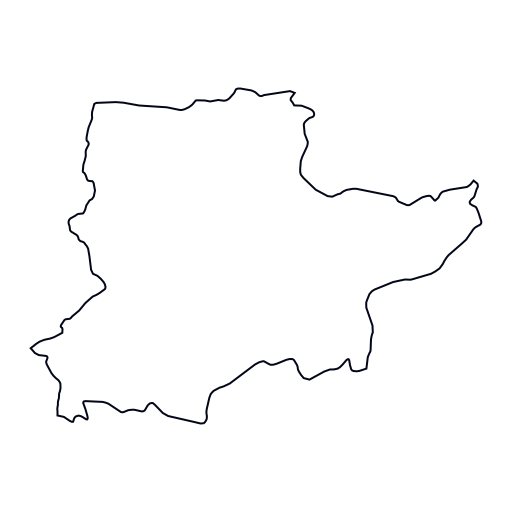 outline of Daykundi
{"feature_id": "AFG-1753", "entity_name": "Daykundi", "entity_type": "Province", "adm_level": 1, "iso_a3": "AFG", "parent_name": "Afghanistan", "parent_adm1": "", "projection": "robinson", "projection_center": [66.112, 33.734], "detail": "fine", "context": "isolated", "style": "outline", "palette": "ink", "viewbox_px": 512, "rotation_deg": 0, "n_neighbors": 0, "source": "natural_earth", "source_scale": "10m", "svg_char_len": 4980}
<svg xmlns="http://www.w3.org/2000/svg" viewBox="0 0 512 512"><path d="M473.6,180.6L477.4,183.7L477.8,185.3L477.9,186.7L476.6,189.3L474.5,196.0L474.0,197.0L473.3,197.8L471.1,199.7L469.8,201.6L469.7,202.8L470.2,203.9L472.5,205.4L475.5,206.8L475.9,207.1L476.9,208.8L478.4,212.5L481.3,221.5L481.2,223.2L480.5,224.5L476.1,226.9L474.6,228.0L473.2,229.5L466.1,239.7L461.7,243.7L448.6,255.1L446.7,257.4L444.4,260.9L442.8,264.0L439.6,268.4L435.2,271.5L431.0,273.8L411.2,279.6L410.0,279.7L404.9,279.5L393.2,282.0L374.7,289.5L372.4,290.9L371.5,291.7L369.4,294.2L366.5,301.5L366.2,302.9L366.3,307.6L372.5,325.6L372.8,332.4L372.0,334.5L371.5,336.6L371.0,339.4L370.6,349.8L370.4,351.2L370.0,352.2L369.4,353.2L367.8,357.1L366.4,368.6L359.4,370.9L356.8,371.3L353.4,371.0L352.0,370.3L351.2,369.3L350.0,365.1L349.2,360.2L348.6,359.2L347.8,359.2L346.5,360.0L342.3,364.9L339.9,367.2L337.7,368.6L334.2,369.4L329.9,369.5L324.3,371.5L309.5,379.6L303.7,378.1L301.1,375.0L299.0,371.7L298.1,369.8L297.8,368.6L297.7,367.2L297.3,365.8L296.7,364.5L294.0,360.1L293.3,359.5L292.4,359.1L291.1,359.0L289.3,359.1L286.4,359.8L276.5,363.8L273.3,364.7L270.8,364.8L269.0,364.1L264.4,361.5L263.5,361.2L261.8,361.5L259.1,362.3L255.0,364.5L229.8,383.5L223.6,386.4L219.5,387.7L213.7,390.8L212.3,392.2L210.7,394.1L209.3,397.9L206.7,409.3L206.4,411.8L206.5,413.7L206.8,415.5L206.9,417.3L206.7,419.0L205.8,420.9L204.8,422.3L203.8,423.2L200.5,423.5L194.3,422.0L168.1,416.0L162.8,413.0L154.9,404.8L152.9,403.1L151.6,403.0L149.7,403.5L147.7,405.4L145.2,409.7L144.4,410.7L143.1,411.3L141.6,411.4L134.6,409.8L132.7,409.7L130.4,409.9L128.2,410.2L123.8,412.0L122.4,412.3L120.9,412.0L108.7,403.9L106.7,403.0L104.7,402.4L102.5,401.9L85.5,401.1L83.7,401.5L83.2,402.6L83.5,403.9L85.4,409.0L87.5,416.4L87.7,418.5L87.2,419.4L86.1,419.3L83.2,417.4L81.0,416.2L78.6,415.6L75.9,416.4L74.7,417.5L73.9,419.1L73.5,420.6L73.0,421.8L71.8,421.8L70.0,421.0L63.9,416.9L57.5,415.5L57.5,411.9L57.4,410.5L57.3,408.6L57.5,407.1L57.9,404.9L57.9,402.5L58.0,401.4L58.8,398.5L59.0,396.8L59.1,394.1L59.3,393.0L59.8,391.6L60.2,390.0L60.5,388.0L60.4,383.7L59.6,381.9L58.4,380.2L55.7,378.0L53.6,375.9L51.5,373.2L46.8,364.5L46.1,362.2L46.3,361.1L46.8,359.9L47.3,358.6L47.5,357.4L47.0,356.4L45.9,355.9L38.9,355.1L35.0,353.1L30.7,348.2L36.4,343.7L39.7,341.6L44.3,339.8L50.0,338.6L54.0,337.2L62.3,332.8L62.5,329.2L62.4,328.7L62.2,328.0L61.2,327.2L60.8,326.7L60.8,325.9L61.3,324.7L64.3,320.2L64.8,319.8L65.4,319.4L66.1,319.2L68.9,318.9L69.6,318.8L70.2,318.5L70.8,318.0L71.3,317.5L71.8,316.8L72.4,316.2L79.2,310.5L85.4,303.0L92.4,296.8L93.5,296.2L96.4,294.9L99.6,293.0L104.9,289.1L105.4,288.0L105.5,286.8L104.8,284.1L103.4,281.8L100.7,278.7L97.4,275.8L93.0,273.8L91.1,269.8L89.4,256.0L88.1,248.6L86.8,246.1L85.5,244.6L84.6,243.2L84.2,242.7L83.5,242.2L82.2,241.6L80.9,241.3L80.4,241.1L79.9,240.7L79.1,239.9L78.7,239.4L78.5,238.7L78.3,237.8L78.0,236.8L77.5,235.9L76.8,235.1L71.3,231.7L70.7,231.1L70.2,230.4L70.0,229.7L69.6,226.3L69.3,225.4L68.9,224.3L68.7,223.7L68.6,223.0L68.6,222.1L68.8,220.6L69.5,219.4L70.5,218.4L75.5,215.6L76.6,214.8L77.1,214.4L77.8,214.1L78.7,213.9L82.5,213.5L83.2,213.3L84.0,212.1L85.1,209.9L86.4,205.3L89.6,200.4L92.1,199.0L93.8,196.4L95.0,190.5L93.6,183.0L93.1,182.1L92.3,181.2L89.6,181.0L88.7,180.8L88.1,180.6L87.5,180.0L87.0,179.2L85.9,175.8L85.4,174.7L84.9,173.8L84.4,173.1L83.9,172.7L83.0,172.0L82.8,171.0L83.4,164.6L84.6,160.9L85.8,156.0L85.7,153.3L85.7,151.3L86.1,149.6L88.6,144.7L88.7,143.5L88.3,142.2L87.7,141.5L87.1,141.0L86.7,140.5L86.5,139.0L86.7,136.6L87.8,130.8L88.7,127.2L91.7,119.8L92.2,117.8L91.9,115.6L92.1,111.9L94.3,103.9L96.4,102.9L115.7,102.1L123.5,102.7L139.1,105.5L166.8,107.3L180.0,110.0L182.2,109.9L184.7,109.2L188.5,107.4L190.7,105.9L192.5,104.4L195.3,101.0L195.7,100.5L197.2,100.3L205.0,100.5L209.1,101.3L210.5,101.4L218.2,100.0L223.7,100.7L225.8,100.5L228.0,99.4L229.5,98.2L233.8,93.4L234.5,92.3L235.9,89.4L237.6,88.6L240.2,88.5L251.2,90.4L253.5,91.3L255.2,92.2L256.0,92.8L258.7,95.3L259.8,95.9L261.0,96.1L262.1,95.9L264.0,95.1L290.0,91.1L294.7,92.9L290.9,98.0L290.7,98.9L290.7,100.1L292.7,102.7L294.2,105.4L301.6,105.7L308.2,108.2L310.8,109.4L312.4,110.5L313.6,112.0L314.1,113.4L314.1,114.9L313.7,115.9L313.1,116.6L312.2,117.1L310.0,117.8L308.9,118.4L306.1,120.8L304.8,122.2L304.1,123.5L303.8,124.8L304.7,133.9L307.8,141.9L307.7,143.5L307.2,146.1L302.2,156.9L300.8,161.2L300.2,168.6L300.2,172.1L300.8,174.5L301.6,175.7L303.7,178.2L315.7,189.7L327.6,196.1L332.2,196.7L337.6,194.3L340.1,193.7L341.1,193.1L342.0,192.3L343.9,191.1L346.6,189.9L352.9,188.8L356.4,188.8L393.3,196.2L394.9,197.0L396.0,197.8L396.6,198.8L397.2,199.9L397.7,200.6L398.0,201.1L399.1,201.8L406.9,205.1L408.5,205.2L409.8,204.9L421.5,197.7L423.6,196.9L427.0,196.0L428.9,195.8L430.1,195.9L430.5,196.1L431.4,196.9L434.6,200.5L435.2,200.6L435.7,200.3L436.2,199.6L437.7,198.4L438.4,197.6L440.0,194.5L440.7,193.5L441.6,192.6L442.7,191.7L449.7,189.7L466.9,187.0L468.8,185.8L470.6,184.3L473.6,180.6Z" fill="none" stroke="#020617" stroke-width="2"/></svg>